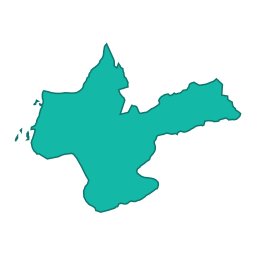 Bacuri, Maranhão, Brazil (Mercator projection)
{"feature_id": "56859067B92290832545196", "entity_name": "Bacuri", "entity_type": "district", "adm_level": 2, "iso_a3": "BRA", "parent_name": "Brazil", "parent_adm1": "Maranhão", "projection": "mercator", "projection_center": [-45.171, -1.677], "detail": "fine", "context": "isolated", "style": "filled", "palette": "teal", "viewbox_px": 256, "rotation_deg": 0, "n_neighbors": 0, "source": "geoboundaries", "source_scale": "gbopen_adm2", "svg_char_len": 4080}
<svg xmlns="http://www.w3.org/2000/svg" viewBox="0 0 256 256"><path d="M106.6,43.9L105.2,45.5L104.4,47.2L104.2,49.0L103.7,51.7L103.6,53.7L103.4,55.3L102.7,57.3L101.9,58.5L100.2,60.5L99.7,61.8L99.3,63.3L98.2,64.3L97.4,65.4L96.3,66.1L95.2,67.2L93.8,68.0L92.7,69.0L91.3,70.1L90.7,71.9L89.6,73.3L88.9,74.9L89.0,76.6L87.3,77.7L86.6,79.4L86.3,80.7L85.6,81.8L84.3,83.1L83.4,85.3L83.1,87.4L82.1,88.7L81.0,89.9L79.3,91.1L78.0,91.9L76.7,92.6L74.4,93.0L72.6,93.1L70.6,93.1L66.9,92.8L64.9,92.8L63.4,93.0L61.9,93.3L59.8,93.4L57.8,93.4L55.9,93.4L53.3,93.0L51.1,92.7L49.2,92.0L47.4,91.6L45.1,91.1L43.8,90.8L42.9,92.0L42.4,94.0L42.4,96.4L42.4,97.9L43.2,100.4L43.2,102.5L42.7,103.9L41.7,105.0L42.1,106.6L41.2,108.4L40.5,109.7L40.1,111.6L39.5,113.7L39.3,115.7L38.1,117.8L36.8,120.4L36.8,121.8L36.2,123.2L35.2,125.3L33.4,126.4L31.5,127.2L31.1,129.5L33.2,129.1L35.0,129.4L34.9,131.2L34.5,133.0L33.7,135.4L33.1,137.3L32.6,138.8L32.0,140.2L31.3,142.7L31.8,145.0L32.0,146.4L32.7,148.3L33.8,150.6L35.0,151.8L36.0,152.6L36.8,154.0L39.2,153.9L47.3,158.9L50.9,158.2L58.3,156.7L61.7,155.1L65.4,154.1L71.8,153.4L73.7,154.3L76.8,158.2L81.5,166.5L84.3,172.2L86.0,175.7L88.7,180.1L87.5,184.1L85.3,186.5L83.6,191.3L84.0,197.0L86.2,201.2L88.9,204.3L90.9,205.3L93.1,206.5L95.0,207.8L95.8,210.4L100.7,212.1L107.9,210.3L114.7,208.1L115.9,206.9L117.7,206.6L118.6,204.2L121.0,203.2L122.9,203.7L125.8,204.0L127.2,203.5L128.4,202.7L129.4,201.7L131.4,201.0L133.3,201.5L135.7,201.4L137.1,200.7L139.7,200.0L141.8,198.9L143.0,198.0L144.6,197.0L146.0,195.5L147.9,194.5L149.4,193.7L151.3,192.3L153.9,190.5L155.1,189.3L157.1,188.6L157.7,187.5L158.1,186.1L158.4,184.3L158.1,182.3L155.8,180.0L153.5,178.8L151.4,178.3L147.9,177.8L144.1,177.4L141.5,176.4L139.5,174.9L137.1,173.0L136.7,171.1L137.6,168.8L139.7,167.2L140.5,166.0L144.2,163.5L146.5,161.5L149.5,159.6L150.2,157.2L151.4,155.5L153.0,153.7L154.2,151.9L154.8,150.8L155.3,148.8L155.2,146.4L154.7,144.5L154.2,143.0L154.2,141.4L155.4,140.2L156.3,138.3L156.6,136.5L158.1,135.4L160.1,135.0L161.4,134.6L163.3,134.4L165.5,133.5L166.9,133.1L168.9,133.5L171.3,134.2L173.8,133.9L175.8,133.5L177.2,134.4L177.9,132.5L179.4,131.7L180.7,131.2L182.3,131.7L184.0,132.1L186.2,131.7L187.6,131.1L189.7,130.1L191.3,128.9L193.1,128.1L194.7,126.9L197.0,125.8L199.2,125.5L201.2,125.2L202.4,125.7L203.7,125.2L204.4,123.4L204.7,121.3L206.8,120.8L208.6,120.6L212.7,121.0L213.9,121.6L215.3,121.5L217.0,121.4L218.8,121.0L219.3,119.8L223.6,118.7L225.4,118.0L227.3,118.6L228.7,119.9L232.4,119.5L234.3,119.7L236.6,119.1L238.9,117.1L240.0,115.7L240.6,113.6L238.2,111.6L235.8,110.2L235.3,108.6L232.9,106.4L232.1,102.1L229.6,100.7L227.8,99.6L227.6,96.1L221.7,95.1L222.4,84.5L216.4,78.9L213.9,81.1L206.1,84.2L199.5,85.3L197.0,84.1L194.0,82.3L191.3,83.1L189.6,84.2L188.8,86.7L187.5,88.9L186.7,89.9L185.5,90.0L183.1,90.3L181.7,91.9L180.2,93.0L178.2,93.4L175.8,94.1L174.2,93.1L172.9,94.3L171.6,95.2L169.8,95.6L168.4,94.1L166.9,94.2L165.1,94.7L163.8,95.2L162.8,96.0L161.5,96.6L160.4,97.8L159.5,98.9L158.7,100.7L159.3,101.9L159.6,103.2L158.7,104.7L156.9,105.8L155.2,107.1L153.3,108.1L151.3,108.9L150.0,110.0L148.6,110.9L147.4,112.0L144.9,112.5L140.0,113.4L139.0,112.5L138.3,110.6L137.6,108.9L136.6,106.8L135.1,106.0L133.2,106.0L131.9,105.3L128.2,112.4L121.8,113.9L120.2,114.3L124.8,100.2L123.8,97.8L122.3,96.7L121.5,95.4L120.4,94.3L119.7,92.9L119.2,91.2L118.6,90.0L119.8,89.3L121.5,88.8L123.7,88.3L125.1,87.6L126.4,87.4L128.0,86.9L127.7,84.7L128.0,82.6L127.0,80.4L126.2,78.6L125.5,77.6L124.4,77.0L124.0,75.1L123.8,73.0L123.3,71.6L123.0,70.3L122.8,68.6L120.7,67.5L120.2,66.1L118.5,63.5L117.6,66.0L116.9,67.8L115.8,67.1L114.2,65.9L114.3,64.0L114.2,61.4L113.6,59.3L106.6,43.9ZM28.6,138.0L28.5,136.6L28.2,135.1L28.4,133.4L28.0,132.2L27.0,133.7L27.0,136.6L28.6,138.0ZM17.5,138.2L17.5,136.0L16.1,138.3L15.4,141.2L17.5,138.2ZM35.7,102.9L36.8,101.6L38.2,101.2L36.5,100.3L35.7,102.9ZM41.7,105.0L39.3,103.5L40.4,105.4L41.7,105.0ZM35.7,102.9L33.6,104.7L35.6,104.2L35.7,102.9ZM21.4,129.4L20.3,130.4L21.2,131.8L21.4,129.4ZM28.6,138.0L27.1,139.7L28.5,139.5L28.6,138.0Z" fill="#14b8a6" stroke="#0f766e" stroke-width="1.5"/></svg>